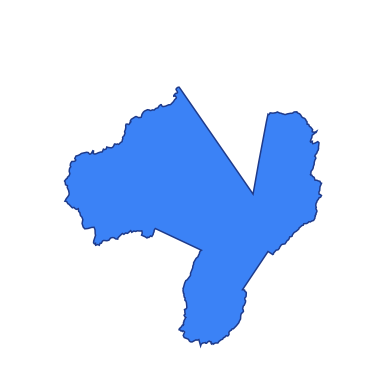 Pacajá, Pará, Brazil (Equal Earth projection), rotated 214°
{"feature_id": "56859067B2660041760548", "entity_name": "Pacajá", "entity_type": "district", "adm_level": 2, "iso_a3": "BRA", "parent_name": "Brazil", "parent_adm1": "Pará", "projection": "equal_earth", "projection_center": [-50.664, -3.7], "detail": "fine", "context": "isolated", "style": "filled", "palette": "blue", "viewbox_px": 384, "rotation_deg": 214, "n_neighbors": 0, "source": "geoboundaries", "source_scale": "gbopen_adm2", "svg_char_len": 5943}
<svg xmlns="http://www.w3.org/2000/svg" viewBox="0 0 384 384"><g transform="rotate(214 192 192)"><path d="M122.6,312.2L123.2,310.8L123.9,310.1L125.8,309.1L126.3,309.4L126.9,311.2L129.7,312.1L131.2,312.1L131.9,312.4L132.5,313.0L133.4,313.2L134.4,312.6L136.1,314.7L137.3,314.9L138.4,315.7L140.0,316.0L141.4,315.6L142.8,315.6L145.4,316.8L146.8,317.0L147.8,316.7L149.6,316.7L149.9,317.1L151.9,315.6L152.3,315.0L152.7,313.7L153.2,313.1L154.3,312.4L156.8,309.9L157.7,308.6L158.9,307.9L159.6,307.9L160.6,307.4L162.2,307.1L163.4,306.5L166.0,306.1L166.9,304.6L169.0,302.6L171.5,301.3L171.4,299.4L171.8,299.0L172.5,299.0L169.8,292.3L153.5,254.4L140.2,224.4L258.6,270.7L261.3,271.7L262.1,271.1L262.7,269.7L262.8,268.7L262.5,268.0L260.2,267.0L259.6,266.2L259.9,265.3L260.8,264.5L261.1,261.9L260.6,261.2L259.5,262.3L257.8,261.6L257.5,261.0L258.0,258.8L257.9,256.6L258.6,252.7L259.0,252.0L260.0,251.4L262.0,248.3L263.2,247.1L264.2,246.4L265.4,246.6L266.3,247.2L266.8,246.9L267.4,244.9L267.3,242.7L268.8,240.9L269.2,238.8L270.7,238.0L271.7,236.5L272.8,236.0L273.4,236.1L275.1,235.2L275.4,234.4L276.1,233.5L276.7,232.3L277.0,230.9L276.9,228.4L275.9,225.7L276.3,225.0L276.8,224.8L277.6,223.9L280.6,223.3L281.1,222.6L283.0,218.3L282.9,216.5L282.5,215.9L282.0,216.0L281.9,215.1L282.2,214.7L282.0,213.3L282.1,212.6L283.8,212.1L284.6,211.3L284.1,209.9L282.9,208.4L282.7,207.6L282.3,207.3L281.7,204.5L281.4,204.0L280.5,203.5L280.2,202.8L280.2,202.0L279.7,200.9L280.1,199.6L280.0,198.3L279.1,197.4L278.9,196.2L278.3,195.1L278.3,194.2L279.0,192.9L279.1,191.6L279.5,190.4L280.6,190.2L281.4,189.2L282.9,188.7L283.1,188.1L282.7,186.9L282.8,184.6L283.7,183.4L286.8,181.9L287.8,181.7L287.2,179.8L288.2,178.2L289.4,178.0L288.9,175.4L289.0,174.8L290.4,173.8L291.1,172.6L291.6,172.3L292.2,171.1L293.4,169.5L293.8,169.1L295.3,168.7L295.7,168.9L296.0,170.1L296.5,170.3L296.6,170.9L297.3,170.8L297.1,168.0L297.4,166.7L298.2,166.1L300.0,166.7L301.6,166.0L305.1,162.3L305.7,161.1L305.8,160.4L307.2,158.2L308.3,157.0L308.0,154.6L307.8,154.0L306.7,153.9L306.2,153.4L306.2,152.6L306.8,151.5L308.7,150.1L308.7,147.9L307.9,146.0L306.6,145.1L306.7,143.3L306.3,142.2L305.4,140.5L303.5,138.9L303.1,137.5L303.0,136.6L303.5,134.5L303.1,133.5L303.6,132.4L303.8,129.8L302.7,129.3L300.9,127.3L298.8,127.6L297.9,125.9L295.1,124.2L293.1,122.2L292.4,120.9L292.3,119.1L292.5,116.0L292.2,113.3L290.6,114.0L288.4,112.9L287.2,113.0L282.7,112.0L282.1,112.1L281.7,112.8L281.2,113.2L279.1,112.8L277.9,113.1L276.9,114.6L275.1,112.5L273.6,112.3L271.3,110.1L269.2,109.6L267.1,108.1L265.5,104.4L262.6,102.1L260.3,101.5L257.8,103.6L255.6,106.3L253.5,108.0L251.3,106.5L248.8,103.1L247.8,102.3L246.1,96.4L245.2,94.8L243.9,94.4L243.3,95.5L242.1,94.0L240.7,95.8L239.1,96.0L239.5,98.1L238.5,98.9L238.8,101.2L238.1,102.5L235.3,104.0L233.9,105.6L233.8,108.2L232.7,109.6L231.1,110.5L229.2,110.4L227.2,111.4L227.7,112.5L227.5,114.3L226.5,118.7L224.8,118.8L224.2,120.8L222.3,121.7L221.2,125.7L219.4,124.9L218.4,127.1L216.6,127.8L215.7,129.2L213.2,130.6L211.9,131.7L210.3,130.2L209.7,128.0L205.7,128.7L203.6,128.7L203.5,129.6L202.3,130.2L201.8,132.4L200.4,132.7L200.5,135.1L201.1,136.6L201.2,137.8L201.7,138.5L202.0,139.4L202.0,141.2L151.6,149.0L152.1,147.7L152.0,146.3L151.4,145.1L151.2,143.0L150.8,141.8L151.5,139.2L151.2,134.9L151.1,134.2L150.3,133.1L149.9,131.1L149.0,129.5L147.8,123.8L146.6,122.0L146.9,116.6L147.6,115.0L147.1,112.3L145.6,107.9L145.6,107.1L145.1,106.7L144.1,104.9L143.1,104.2L142.8,103.5L141.7,103.1L141.0,101.9L139.6,100.5L138.5,100.3L137.5,98.5L137.1,98.2L136.5,98.4L134.8,97.2L131.7,93.4L131.5,92.2L131.8,91.4L132.3,90.8L132.4,90.1L131.9,90.0L130.3,87.8L129.3,87.1L129.7,85.4L128.1,84.6L127.0,84.6L127.2,84.0L126.9,83.5L126.6,80.6L126.1,80.0L126.2,79.3L125.6,78.2L124.8,77.4L124.8,76.7L125.3,76.8L125.5,76.2L125.4,74.2L125.8,72.8L126.0,71.0L125.6,70.5L124.5,70.9L123.6,70.6L123.2,71.1L122.1,71.0L122.1,71.7L121.6,72.0L120.0,71.9L119.7,71.4L119.1,68.2L117.7,67.3L117.0,67.0L113.0,67.9L111.8,67.6L111.1,67.1L109.6,66.9L108.1,67.7L106.0,71.7L105.1,71.9L104.2,72.8L103.8,73.5L98.8,69.2L99.3,71.0L98.7,72.7L96.8,74.6L96.0,74.3L95.4,74.7L94.9,77.0L94.4,78.0L93.2,78.0L92.7,78.4L92.2,78.3L91.8,77.4L90.8,76.9L90.5,77.7L89.8,78.1L89.3,77.7L88.3,79.8L86.1,81.3L86.1,83.1L85.3,85.6L84.3,87.1L84.4,88.6L84.2,89.2L83.7,89.7L83.3,92.1L82.1,92.4L81.6,93.2L81.7,94.7L83.0,96.3L82.7,98.7L82.1,99.5L82.2,100.8L81.8,101.4L81.2,101.7L80.4,106.0L80.1,109.8L80.5,111.3L80.7,113.8L82.5,116.8L83.1,118.5L83.1,119.5L82.7,120.0L82.6,121.8L83.6,122.9L84.6,123.3L85.6,125.8L85.7,126.4L85.4,127.3L86.0,130.4L86.7,131.8L87.6,132.1L88.6,133.0L88.9,133.6L88.7,135.3L88.9,135.9L90.6,138.8L91.1,139.2L92.4,139.2L93.6,140.1L95.5,139.2L95.7,185.2L90.1,185.3L89.8,186.0L90.2,187.1L89.7,190.9L88.4,192.1L88.1,193.8L88.4,195.3L88.4,198.0L87.9,199.1L85.9,201.0L85.9,205.3L85.4,205.9L85.3,207.1L85.9,209.5L84.8,210.5L84.3,211.4L84.8,212.6L84.7,215.5L83.6,217.8L82.8,220.7L82.8,221.4L83.1,221.8L82.1,225.7L81.2,226.7L81.6,228.2L79.3,230.0L78.7,231.3L78.4,232.8L77.2,233.3L76.6,234.7L75.3,236.4L75.4,238.8L76.1,240.1L76.2,240.9L76.8,241.5L76.6,242.2L76.8,243.1L77.2,243.4L77.5,245.6L78.2,246.5L79.4,247.1L80.3,247.9L80.3,248.7L81.7,249.8L82.8,251.9L82.9,253.5L83.3,254.4L83.2,257.0L83.4,258.4L82.9,258.9L82.5,259.8L82.7,261.5L84.2,261.6L85.4,261.3L86.4,262.4L86.9,263.5L86.9,264.5L88.8,267.9L89.5,271.7L90.6,271.5L91.9,272.4L93.5,271.8L95.0,271.6L96.6,270.6L98.6,272.2L99.4,272.5L100.7,272.3L102.3,273.0L102.9,272.5L103.5,272.6L103.8,273.8L104.9,275.8L104.7,278.1L105.0,279.7L105.7,281.1L106.1,283.0L107.3,285.1L108.0,287.3L108.1,289.1L109.0,290.0L110.3,290.3L110.5,291.7L110.3,294.2L110.8,295.7L110.8,297.3L111.6,299.2L112.1,299.6L114.2,303.8L115.9,304.1L117.3,301.4L118.8,299.6L120.2,300.3L120.6,301.4L121.0,301.1L121.1,300.5L121.6,299.7L122.2,300.1L122.8,302.1L122.9,303.3L123.3,304.7L123.9,305.6L124.1,306.6L123.6,307.5L123.1,309.6L122.5,310.5L122.4,311.2L122.6,312.2Z" fill="#3b82f6" stroke="#1e3a8a" stroke-width="1.5"/></g></svg>